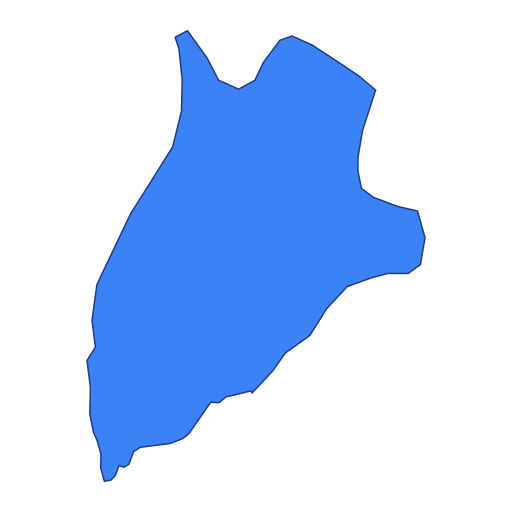 outline of Unjon, P'yŏngan-bukto, North Korea
{"feature_id": "82179303B11827018498152", "entity_name": "Unjon", "entity_type": "district", "adm_level": 2, "iso_a3": "PRK", "parent_name": "North Korea", "parent_adm1": "P'yŏngan-bukto", "projection": "albers", "projection_center": [125.407, 39.666], "detail": "fine", "context": "isolated", "style": "filled", "palette": "blue", "viewbox_px": 512, "rotation_deg": 0, "n_neighbors": 0, "source": "geoboundaries", "source_scale": "gbopen_adm2", "svg_char_len": 889}
<svg xmlns="http://www.w3.org/2000/svg" viewBox="0 0 512 512"><path d="M104.4,481.3L111.0,480.1L115.5,475.1L119.0,465.6L124.1,467.2L128.9,464.3L133.6,451.6L140.2,447.3L169.9,443.5L182.5,438.7L188.8,433.7L210.7,402.2L219.1,402.7L225.8,397.0L250.9,390.9L252.1,393.0L260.3,384.2L272.7,370.9L285.2,353.1L309.9,335.4L326.6,308.7L347.3,286.5L371.7,277.7L387.9,273.4L408.1,273.5L420.4,264.6L425.0,237.8L417.5,211.0L397.4,206.4L373.3,197.3L361.4,188.3L357.8,170.4L358.0,157.0L362.6,130.2L375.6,90.1L359.7,76.6L339.8,63.1L312.0,45.0L292.0,36.0L279.9,40.3L263.3,62.6L254.8,80.4L238.5,89.2L218.5,80.1L206.9,57.7L187.4,30.7L175.1,37.3L178.9,48.5L182.2,79.8L181.5,111.1L172.7,146.8L147.6,186.8L130.8,213.4L113.8,249.0L96.9,284.6L92.0,320.3L95.4,347.2L87.0,360.5L90.4,387.3L89.8,414.1L93.4,432.0L97.3,441.0L101.0,454.4L100.7,467.8L104.4,481.3Z" fill="#3b82f6" stroke="#1e3a8a" stroke-width="1.5"/></svg>